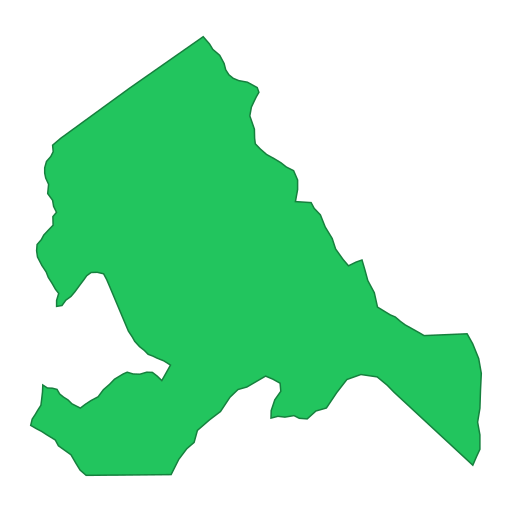 outline of Leopoldo de Bulhões, Goiás, Brazil
{"feature_id": "56859067B21854607172740", "entity_name": "Leopoldo de Bulhões", "entity_type": "district", "adm_level": 2, "iso_a3": "BRA", "parent_name": "Brazil", "parent_adm1": "Goiás", "projection": "mercator", "projection_center": [-48.906, -16.556], "detail": "fine", "context": "isolated", "style": "filled", "palette": "green", "viewbox_px": 512, "rotation_deg": 0, "n_neighbors": 0, "source": "geoboundaries", "source_scale": "gbopen_adm2", "svg_char_len": 2305}
<svg xmlns="http://www.w3.org/2000/svg" viewBox="0 0 512 512"><path d="M52.6,145.2L53.2,151.7L50.8,156.5L46.5,161.4L44.7,167.8L44.7,173.1L45.7,178.0L48.6,184.3L47.7,193.6L52.6,200.3L53.6,206.4L56.5,212.3L52.9,216.6L53.1,225.2L48.3,230.2L43.8,235.0L41.3,239.7L37.1,244.5L36.6,250.7L37.5,257.0L41.9,265.5L46.2,272.0L48.3,277.4L52.0,283.2L55.5,289.3L58.7,293.4L56.6,300.4L56.6,306.4L62.0,305.5L65.8,300.2L71.0,296.4L74.8,291.9L79.8,285.1L84.1,279.4L86.7,275.7L91.1,272.5L97.3,272.3L103.6,273.8L106.7,279.6L109.4,285.9L128.4,331.1L132.3,337.0L134.7,341.3L139.5,346.6L144.2,350.3L148.1,354.3L152.9,356.1L157.2,358.2L163.9,360.9L170.5,365.1L161.8,380.6L157.3,376.2L152.4,372.4L146.7,372.2L139.9,374.2L133.2,374.0L127.2,372.2L123.1,374.0L118.8,376.6L114.5,379.2L109.7,384.2L103.4,389.7L98.1,396.8L91.1,400.5L85.6,404.1L80.3,408.1L71.9,403.8L68.1,400.0L63.5,397.1L59.7,394.0L57.0,389.4L52.4,388.2L47.4,388.0L42.8,385.0L42.5,392.0L41.6,399.8L40.9,405.3L37.7,410.3L35.3,414.4L32.2,419.1L30.7,425.4L36.6,428.8L41.6,431.4L46.5,434.6L55.3,440.0L58.4,445.8L66.4,451.5L71.0,454.8L75.8,463.1L80.1,470.1L86.1,475.3L92.1,475.3L111.6,475.1L116.4,475.1L171.1,474.6L178.8,459.3L186.8,448.7L194.1,442.4L197.4,430.4L209.6,419.8L220.5,411.5L229.9,397.3L238.0,389.5L246.9,387.0L265.6,376.1L272.9,379.2L280.1,383.2L280.8,391.3L274.8,399.8L271.2,410.6L271.0,418.1L277.9,416.3L284.9,417.1L294.0,415.6L299.3,418.3L307.2,418.9L315.9,411.0L326.4,408.0L336.8,392.5L346.9,379.5L360.9,374.5L377.2,376.9L387.2,385.2L394.1,392.3L472.8,465.2L476.7,456.2L479.9,449.3L479.9,434.9L477.6,422.1L479.9,408.3L480.2,399.3L480.5,390.2L481.3,373.4L478.7,358.6L472.7,343.8L467.1,333.8L424.1,335.6L419.7,333.0L405.0,324.8L400.3,321.3L395.3,317.0L390.1,314.8L377.5,307.1L374.3,292.7L367.8,280.6L364.9,269.9L362.0,260.0L356.0,262.1L348.5,265.8L343.1,259.5L335.6,249.0L332.2,238.5L325.2,227.0L320.4,214.9L314.2,208.4L311.1,202.6L295.4,201.6L297.6,189.6L297.6,180.0L293.6,170.7L286.3,167.0L281.0,162.8L274.4,158.8L266.6,154.5L260.3,149.0L255.3,143.8L254.6,138.2L254.4,129.2L252.0,122.2L249.8,115.9L251.4,107.1L254.3,100.9L256.3,96.8L258.9,92.3L257.2,87.6L247.4,82.2L238.7,80.6L233.2,78.3L228.9,74.8L225.7,69.8L224.1,63.5L219.7,55.3L212.8,49.4L209.6,44.1L203.2,36.7L129.8,88.0L60.8,138.2L52.6,145.2Z" fill="#22c55e" stroke="#15803d" stroke-width="1.5"/></svg>